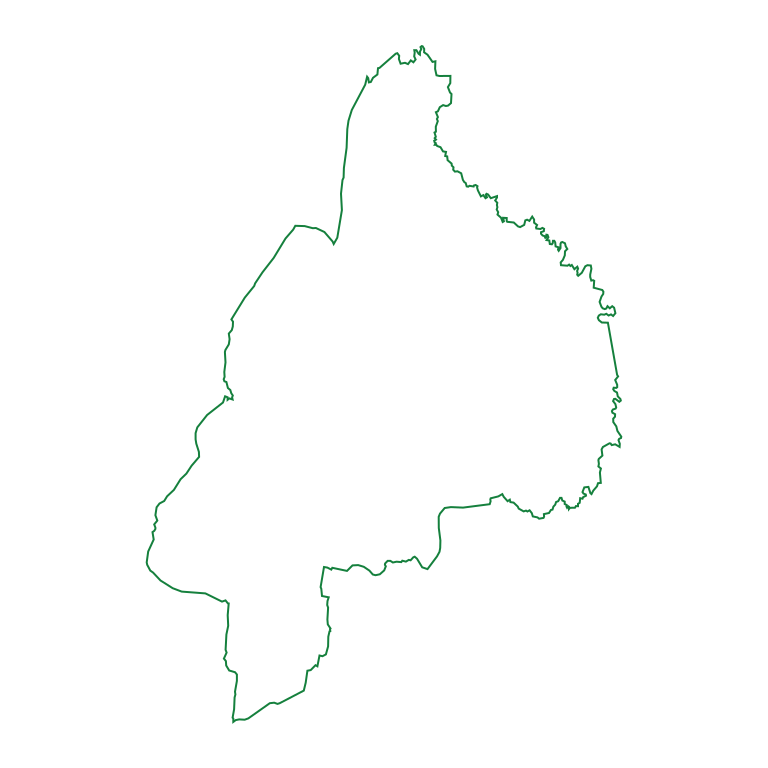 the district of Kong Krailat, Sukhothai, Thailand
{"feature_id": "78962969B68558189238203", "entity_name": "Kong Krailat", "entity_type": "district", "adm_level": 2, "iso_a3": "THA", "parent_name": "Thailand", "parent_adm1": "Sukhothai", "projection": "equal_earth", "projection_center": [100.025, 16.942], "detail": "fine", "context": "isolated", "style": "outline", "palette": "green", "viewbox_px": 768, "rotation_deg": 0, "n_neighbors": 0, "source": "geoboundaries", "source_scale": "gbopen_adm2", "svg_char_len": 6084}
<svg xmlns="http://www.w3.org/2000/svg" viewBox="0 0 768 768"><path d="M619.6,446.9L619.8,443.8L618.5,440.1L619.2,438.8L621.0,438.0L621.3,436.7L617.4,430.9L616.3,426.4L613.3,422.1L613.2,418.7L615.0,416.7L615.1,414.2L612.4,412.7L611.9,411.1L612.9,409.5L615.6,408.6L616.2,407.5L615.4,404.1L613.1,401.1L614.0,399.0L615.3,398.8L619.3,401.8L620.8,400.6L620.4,399.0L617.8,396.4L617.0,392.5L614.4,391.0L613.2,389.2L613.7,387.7L616.3,387.9L617.2,387.2L617.2,384.8L615.2,380.0L618.1,376.4L617.1,374.8L607.9,322.7L601.8,322.5L598.9,320.2L597.8,317.8L598.8,315.6L600.8,314.3L604.3,314.7L606.3,313.8L608.6,315.5L611.0,314.4L613.1,316.0L615.4,313.2L614.1,307.7L612.2,306.2L609.8,308.3L607.5,306.2L606.3,308.5L604.8,309.1L602.7,308.3L601.4,306.7L599.6,301.9L601.5,296.5L603.2,294.0L603.4,291.7L602.3,290.0L593.7,287.7L594.2,280.8L593.0,280.2L591.3,280.6L590.2,277.0L590.2,274.6L591.4,268.8L590.8,265.5L587.4,265.2L585.3,266.3L581.8,272.8L578.2,275.8L577.2,274.7L577.6,272.8L577.1,271.0L578.1,268.6L577.3,266.7L574.4,269.2L571.8,265.0L570.4,266.0L569.1,264.6L567.5,265.7L561.0,265.2L560.7,262.4L562.9,259.9L564.8,255.4L565.0,251.3L567.3,249.0L565.7,246.3L565.0,243.3L562.3,242.0L561.1,242.5L560.5,243.8L560.5,248.1L558.7,250.8L558.0,249.7L558.5,247.3L555.6,246.4L555.2,242.4L554.3,240.8L553.0,240.8L552.7,243.2L551.9,244.3L549.8,244.0L549.3,240.5L546.6,240.1L548.4,237.2L547.5,234.9L546.4,234.7L546.0,237.3L545.3,237.8L544.5,236.1L542.6,235.5L541.0,233.7L541.0,232.2L543.8,231.2L544.1,228.8L542.4,227.9L540.4,229.0L536.3,228.5L536.0,227.3L537.1,225.0L534.1,222.7L534.1,219.5L532.2,216.6L529.4,220.9L527.1,219.7L525.3,220.4L524.2,224.9L520.1,227.1L518.0,226.4L513.8,222.5L507.2,221.8L506.7,221.0L506.7,218.0L503.2,217.8L503.9,221.3L502.7,222.0L501.0,217.7L497.5,214.6L498.2,212.2L496.7,209.5L497.4,207.2L496.9,205.0L497.3,202.8L495.2,200.5L497.0,197.5L497.0,196.1L490.8,198.2L488.1,194.5L486.5,193.8L485.8,194.7L487.0,197.3L485.5,198.2L483.3,195.1L480.9,196.4L477.9,190.4L477.1,187.6L477.5,186.2L475.6,185.0L473.9,185.5L473.6,186.5L469.5,185.8L468.2,186.7L466.7,186.4L465.7,183.0L464.3,182.1L462.9,179.9L461.2,173.3L457.5,171.3L454.9,171.6L453.2,169.7L453.5,167.3L451.8,165.6L451.6,163.6L447.6,160.2L447.2,156.4L445.2,156.0L446.0,151.9L443.0,151.4L440.5,147.2L437.2,146.0L436.4,144.9L434.8,144.8L435.8,143.2L434.7,142.5L434.2,140.7L436.0,139.6L434.7,138.1L435.8,136.8L434.5,132.5L435.9,131.7L435.8,126.7L437.8,121.1L436.9,119.0L437.9,117.1L435.9,112.2L437.9,111.3L439.8,107.2L443.1,105.1L445.9,106.0L448.1,105.6L451.0,103.1L451.5,94.0L450.0,92.5L447.9,87.1L450.3,83.1L450.4,75.9L439.4,76.0L436.5,75.3L435.1,68.9L435.4,61.3L432.5,61.9L427.5,54.7L424.1,52.3L424.2,48.9L422.6,46.3L421.7,46.1L420.5,47.1L421.3,49.1L420.0,51.5L419.9,54.7L418.6,53.8L416.4,50.2L414.3,50.2L414.7,52.6L414.2,56.4L415.6,59.5L413.4,62.3L410.8,60.4L408.0,64.1L405.0,62.8L400.6,63.7L398.9,59.0L399.2,55.8L397.3,53.2L395.7,53.7L379.5,67.9L378.0,68.2L377.4,74.5L373.0,77.8L370.8,82.0L368.9,82.4L368.2,78.1L367.1,76.7L365.2,84.7L351.8,110.0L348.5,120.7L347.3,129.1L346.6,147.8L343.9,168.0L343.6,177.6L342.5,180.0L341.0,193.7L341.9,210.1L337.3,237.7L333.7,244.0L332.6,241.5L324.4,232.0L315.9,228.0L312.8,228.2L304.7,226.1L295.3,225.8L293.2,229.6L285.5,238.5L273.7,257.9L262.5,272.3L255.1,283.4L254.2,286.0L244.8,297.6L231.4,319.4L233.0,321.7L232.8,326.5L231.8,330.1L228.8,333.6L229.6,339.2L228.8,344.4L225.4,350.0L224.9,352.0L225.5,362.4L224.3,372.0L224.6,376.9L223.7,379.2L224.4,381.3L226.4,382.0L227.9,388.0L230.3,390.0L231.3,393.3L232.8,395.5L232.1,397.4L232.6,399.5L229.3,398.4L227.6,399.8L227.6,397.3L225.1,396.3L223.0,402.5L207.1,415.0L197.3,427.4L195.6,433.1L195.6,439.4L196.3,443.7L198.9,451.9L199.1,456.9L191.6,465.7L186.4,473.6L180.6,479.2L173.9,489.9L167.1,496.3L164.2,501.0L159.5,503.5L156.6,507.3L155.4,515.2L157.3,520.6L154.2,524.4L155.4,527.6L155.4,528.9L154.3,530.8L152.5,532.1L153.7,539.5L148.2,551.5L146.7,562.4L147.2,564.8L150.3,570.6L153.1,572.6L160.5,580.5L172.7,588.2L181.7,591.6L205.4,593.4L222.0,601.6L225.5,600.4L227.9,603.4L228.7,603.5L227.7,615.2L228.2,625.8L226.4,634.5L225.6,649.8L226.6,652.6L223.9,658.6L225.9,661.1L226.2,665.5L229.2,670.5L235.0,672.2L236.9,674.5L236.9,680.9L235.0,691.7L235.4,694.5L234.6,697.4L234.1,709.3L232.6,717.7L233.3,718.5L233.3,721.9L235.7,720.1L239.2,719.4L244.7,719.7L248.3,718.4L269.8,703.2L274.2,702.7L277.5,703.9L279.7,703.2L303.8,690.6L305.7,682.7L307.4,670.7L310.7,670.1L315.5,665.2L317.4,666.3L319.5,655.5L322.5,656.2L325.9,654.4L328.1,646.4L328.3,636.7L329.5,631.4L330.3,631.1L330.0,629.1L330.5,628.5L327.8,624.4L327.4,619.5L328.1,607.6L327.2,605.0L327.5,601.0L328.7,597.3L322.0,596.0L321.3,588.8L320.6,587.1L324.0,567.0L327.4,567.6L331.3,569.6L332.3,567.8L347.0,570.9L352.5,565.4L358.2,565.1L363.8,566.8L369.4,570.6L372.8,574.5L375.5,575.2L379.8,574.3L384.2,570.4L385.8,566.3L384.9,564.8L385.1,563.5L387.6,560.9L390.4,560.9L392.9,562.5L396.5,561.7L401.3,562.1L402.3,560.7L405.9,561.6L408.8,559.9L410.6,560.3L413.3,557.3L414.7,556.7L417.0,558.7L422.2,567.3L427.5,569.1L437.0,556.4L439.5,551.8L440.2,548.0L440.4,540.5L438.8,528.0L438.7,516.8L440.0,513.6L444.7,508.0L450.9,507.1L463.1,507.6L489.7,504.2L490.6,501.3L490.3,499.4L490.7,498.3L498.3,496.4L502.3,494.1L503.7,496.8L507.6,501.2L509.8,499.7L510.4,502.1L513.6,502.6L517.8,506.6L518.7,508.6L523.7,511.4L526.0,510.6L527.4,511.5L529.6,510.3L531.8,513.1L532.8,516.4L537.5,517.4L539.1,518.7L543.5,517.9L544.1,516.7L543.9,514.1L549.0,513.0L550.9,510.0L552.5,509.6L553.4,506.6L555.2,504.7L556.1,502.0L558.2,501.2L560.0,497.9L561.5,497.9L562.3,500.5L564.7,501.6L564.7,504.0L566.7,505.0L566.5,506.6L567.1,507.8L568.3,506.3L569.0,506.8L569.0,509.0L570.0,507.8L575.0,507.7L575.9,506.1L578.0,506.2L578.0,503.8L579.7,502.8L580.2,498.2L582.5,498.7L583.1,497.2L586.0,495.7L585.8,494.5L583.5,493.6L582.5,492.1L584.3,487.4L588.4,486.9L590.4,493.2L591.5,494.1L593.3,490.6L597.0,486.3L598.0,483.2L600.8,482.9L599.9,472.5L600.9,468.5L598.4,466.5L598.9,463.9L598.4,460.1L598.8,458.9L602.4,455.6L601.6,449.4L602.9,447.0L609.5,443.3L610.6,443.5L611.7,445.1L615.2,444.3L619.6,446.9Z" fill="none" stroke="#15803d" stroke-width="2"/></svg>